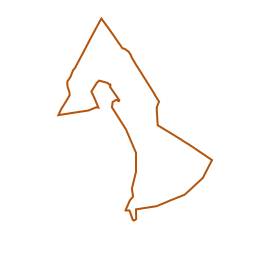 Reifi Kassla, Kassala, Sudan (Natural Earth projection), rotated 309°
{"feature_id": "16777658B3769079063022", "entity_name": "Reifi Kassla", "entity_type": "district", "adm_level": 2, "iso_a3": "SDN", "parent_name": "Sudan", "parent_adm1": "Kassala", "projection": "natural_earth1", "projection_center": [36.343, 15.263], "detail": "fine", "context": "isolated", "style": "outline", "palette": "amber", "viewbox_px": 256, "rotation_deg": 309, "n_neighbors": 0, "source": "geoboundaries", "source_scale": "gbopen_adm2", "svg_char_len": 1371}
<svg xmlns="http://www.w3.org/2000/svg" viewBox="0 0 256 256"><g transform="rotate(309 128 128)"><path d="M134.0,102.5L125.6,127.4L113.7,149.9L99.0,161.8L83.3,169.2L77.9,175.1L72.8,175.0L62.4,177.9L62.4,178.0L62.5,178.0L64.8,181.1L64.5,181.6L64.1,182.2L63.9,182.5L63.6,183.0L62.9,184.2L61.8,186.0L59.7,189.3L59.7,190.7L61.5,191.5L62.6,191.5L69.8,185.4L85.2,199.4L98.4,206.5L111.6,213.9L118.2,215.0L136.7,217.6L139.0,217.0L155.9,213.5L153.7,187.5L153.7,187.1L152.7,179.8L152.5,177.0L149.8,156.7L148.8,149.4L160.0,139.1L162.3,137.3L167.9,135.6L168.0,135.6L170.4,128.7L170.7,127.8L170.9,127.8L179.9,101.4L182.2,94.5L185.3,86.2L186.5,84.2L187.7,80.6L187.6,78.6L187.6,78.4L187.5,76.2L187.4,75.4L186.4,73.5L188.1,68.0L188.1,67.7L189.1,64.4L192.5,52.8L196.3,38.4L192.3,39.1L177.9,41.8L169.3,43.5L160.4,45.3L145.2,48.3L141.6,49.0L140.6,49.0L138.4,49.0L137.2,49.3L135.6,49.8L130.7,51.3L126.4,51.5L125.2,52.1L122.6,54.4L121.4,56.0L119.1,59.8L116.5,62.2L115.9,62.1L111.9,62.8L100.7,64.2L94.2,65.8L109.9,80.0L113.8,83.6L116.9,86.4L123.9,90.1L124.9,91.7L125.2,92.2L130.4,82.6L133.3,76.6L142.2,75.5L143.4,75.3L145.1,75.5L146.7,75.8L149.9,83.1L150.2,84.1L150.0,84.8L150.0,86.0L150.7,86.7L150.1,87.6L148.7,88.1L147.4,92.3L146.6,95.2L144.1,103.8L143.2,104.0L142.8,103.2L143.2,102.7L142.5,101.2L141.3,100.7L138.6,99.7L134.0,102.5Z" fill="none" stroke="#b45309" stroke-width="2"/></g></svg>